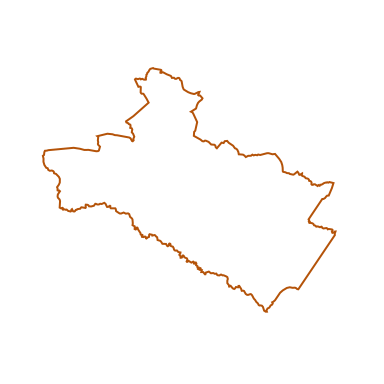 Morrumbala, Zambezia, Mozambique, rotated 306°
{"feature_id": "85939544B61462515035200", "entity_name": "Morrumbala", "entity_type": "district", "adm_level": 2, "iso_a3": "MOZ", "parent_name": "Mozambique", "parent_adm1": "Zambezia", "projection": "orthographic", "projection_center": [35.601, -17.005], "detail": "fine", "context": "isolated", "style": "outline", "palette": "amber", "viewbox_px": 384, "rotation_deg": 306, "n_neighbors": 0, "source": "geoboundaries", "source_scale": "gbopen_adm2", "svg_char_len": 6068}
<svg xmlns="http://www.w3.org/2000/svg" viewBox="0 0 384 384"><g transform="rotate(306 192 192)"><path d="M276.6,114.4L276.1,113.6L274.1,112.6L273.6,111.5L273.8,110.2L272.5,108.7L273.4,107.0L273.4,106.3L272.4,102.4L271.9,98.6L271.7,97.9L270.3,97.1L269.9,96.4L270.4,95.9L272.2,95.9L272.6,95.4L272.5,94.9L269.4,88.6L269.4,87.7L267.1,85.9L265.7,85.8L263.7,86.1L262.1,85.8L261.2,86.3L260.0,86.2L259.0,87.0L257.0,87.5L256.4,88.4L255.7,88.6L254.7,87.2L254.3,85.2L253.1,84.4L253.3,83.9L253.1,83.1L251.5,81.9L250.8,80.0L250.1,79.7L249.5,79.7L245.6,86.8L246.4,87.5L246.9,88.4L246.8,88.9L242.4,91.9L242.1,92.5L241.9,93.4L242.8,94.7L242.8,95.3L240.8,100.3L238.8,104.4L218.9,100.0L210.4,97.1L209.7,98.0L210.2,100.2L209.8,100.8L210.2,102.5L209.2,103.6L207.6,104.3L208.1,105.8L207.5,106.9L204.9,108.2L204.5,110.1L202.8,112.8L200.5,113.3L199.5,114.4L198.2,114.2L198.0,113.5L199.3,110.7L199.2,109.2L193.9,98.1L192.7,96.2L192.0,93.8L189.4,89.3L181.5,82.6L181.4,83.8L178.4,85.5L177.1,86.9L175.6,87.6L175.1,88.2L174.6,90.9L170.8,92.3L169.8,91.9L168.7,90.6L165.3,83.6L162.7,80.1L161.1,75.9L158.2,70.3L141.4,51.2L140.2,50.3L138.9,48.8L137.5,49.1L135.0,50.5L133.6,50.1L131.8,52.2L129.1,54.1L127.1,56.7L125.9,59.9L126.4,61.2L125.4,62.8L125.6,64.5L127.0,66.0L127.3,67.4L127.2,68.2L126.1,69.4L126.7,71.4L126.0,75.4L124.9,77.4L121.9,79.5L119.6,80.0L116.6,80.0L115.9,81.1L114.3,82.3L114.6,83.1L115.1,83.5L115.0,84.7L111.2,84.9L109.5,85.8L108.6,86.8L108.1,89.3L107.1,90.6L101.6,94.1L101.7,95.4L103.1,96.6L103.0,97.1L102.0,97.4L101.9,98.1L103.0,98.9L103.4,100.3L104.1,100.9L103.9,103.0L104.9,105.3L105.4,105.4L106.9,104.8L107.6,105.0L106.5,107.1L106.9,108.1L107.5,108.5L109.2,108.5L109.8,109.2L110.7,109.3L112.8,111.4L114.1,111.3L114.7,111.6L116.5,115.2L117.0,115.2L118.6,113.8L119.3,113.5L120.1,114.7L120.4,115.9L119.9,117.1L121.0,118.9L123.2,120.7L125.6,120.7L125.9,121.1L126.2,122.6L127.2,124.0L128.5,124.6L129.2,126.0L131.7,127.4L131.6,129.0L130.0,132.0L130.5,132.8L132.6,133.7L132.6,134.2L131.4,135.0L131.1,135.9L133.7,139.6L133.4,140.3L131.9,141.9L132.1,146.0L132.8,147.2L135.2,148.8L135.6,151.2L137.1,152.8L137.2,154.2L135.5,156.5L135.3,158.9L134.8,160.0L131.9,162.5L130.2,163.4L130.5,165.9L128.3,167.4L128.6,168.5L129.2,168.6L130.6,168.2L131.0,168.5L131.0,169.0L130.0,170.4L128.5,174.4L127.5,175.4L127.5,176.0L128.1,177.0L128.0,177.4L127.4,177.7L126.9,177.2L126.3,177.9L127.1,179.4L128.2,180.0L128.5,180.6L128.4,181.2L127.5,182.0L127.6,182.5L129.5,183.0L130.4,183.6L132.2,182.5L132.9,182.5L133.9,184.7L133.4,185.5L135.1,186.9L135.3,187.8L134.9,188.9L134.9,190.4L132.9,192.4L133.8,194.9L133.7,196.0L132.7,198.5L134.7,201.5L133.8,203.6L133.9,204.3L134.9,204.6L136.7,203.9L137.1,204.1L137.3,204.8L137.1,205.3L136.0,206.0L135.9,206.8L136.5,208.7L135.8,210.2L135.0,211.1L134.6,212.2L134.9,213.1L135.8,214.1L135.4,216.3L136.3,218.2L135.5,218.6L133.7,218.7L133.4,220.2L132.1,221.4L132.9,222.3L133.7,222.3L135.0,221.7L135.5,222.2L135.5,222.8L134.7,224.3L135.3,227.0L134.6,228.0L132.6,228.5L132.5,228.9L132.9,229.4L133.8,229.4L134.3,229.8L134.5,233.0L136.4,233.9L136.4,234.5L135.2,235.6L135.3,235.9L135.5,236.1L136.8,236.1L137.2,236.5L136.8,237.5L135.2,238.3L135.2,240.0L134.2,240.7L134.7,241.6L133.3,242.1L133.6,242.8L135.2,243.3L135.4,243.6L135.3,243.9L133.7,244.2L134.6,245.9L132.7,246.6L133.8,248.2L133.0,250.8L133.3,251.2L135.0,250.6L137.5,252.4L137.4,255.1L138.9,256.8L139.2,258.5L140.3,259.7L139.7,261.0L139.8,261.9L140.7,263.3L141.9,263.7L142.4,264.3L142.5,265.7L143.2,266.5L143.9,269.6L143.9,270.6L142.7,272.1L141.0,272.7L139.0,274.2L138.3,276.7L137.3,277.6L137.5,277.9L138.4,277.9L138.8,278.3L138.0,281.6L138.3,283.1L139.2,283.5L140.9,283.4L142.1,285.5L142.5,285.6L143.4,284.9L143.8,285.4L142.5,288.7L141.3,290.3L142.3,291.5L142.5,292.3L141.1,295.4L141.2,297.1L141.9,298.0L143.7,299.2L144.0,299.8L143.8,301.2L142.1,304.7L141.7,306.7L140.9,308.5L140.6,310.8L139.8,312.3L139.8,313.2L140.6,314.2L141.1,315.4L140.7,317.0L138.4,320.1L138.5,322.0L139.2,322.9L140.0,321.8L142.2,321.6L143.9,322.5L146.5,322.3L148.0,323.0L149.3,322.8L149.9,321.7L151.0,322.3L153.2,322.8L162.3,322.5L165.8,323.3L170.1,325.1L172.4,327.1L173.6,329.7L175.1,331.5L175.4,332.7L175.3,334.2L175.8,335.2L241.1,332.9L242.1,332.0L244.4,331.3L244.0,330.8L242.7,330.6L241.5,329.6L242.1,328.5L243.8,328.2L244.0,327.3L242.5,324.4L241.6,323.8L242.0,322.6L241.9,322.0L239.7,319.7L239.6,318.4L240.1,317.4L240.0,317.0L238.7,316.2L238.1,314.0L237.0,312.9L237.3,311.7L236.8,310.3L237.4,309.2L237.5,307.9L236.8,306.3L236.8,305.8L236.2,305.5L236.0,305.0L236.8,303.9L237.3,304.3L237.5,303.6L238.1,303.3L238.4,302.4L262.9,301.5L263.7,302.5L265.4,303.2L267.1,303.2L268.5,303.5L269.5,304.7L277.3,302.9L282.4,301.2L280.8,297.3L279.8,296.9L279.3,295.6L278.8,295.5L278.0,294.4L276.3,293.3L275.3,293.1L273.7,292.2L273.3,291.5L272.1,291.6L271.9,290.2L270.7,290.1L270.5,286.9L269.6,285.8L268.8,285.6L268.3,284.6L268.5,284.0L269.9,283.2L270.4,282.3L270.4,281.4L269.9,280.2L270.7,279.3L270.9,278.4L270.8,277.6L270.0,275.9L270.5,274.0L269.9,272.0L269.9,271.0L270.4,270.5L271.3,270.5L271.7,270.2L269.2,269.1L269.0,268.6L270.2,266.5L270.4,265.3L266.3,264.2L265.5,263.7L264.1,260.5L264.2,259.4L263.1,257.7L262.9,256.1L261.9,253.9L262.2,253.2L264.9,251.1L266.8,249.2L268.7,246.6L270.1,243.0L271.6,236.8L269.8,234.9L268.5,231.3L267.6,230.0L262.0,225.4L261.2,223.5L260.1,223.2L259.2,221.3L257.9,220.4L257.7,218.9L256.0,218.4L254.3,216.2L251.9,215.0L252.3,212.9L252.2,211.3L250.0,207.7L251.6,206.0L252.9,203.6L252.9,201.8L252.6,201.0L253.6,198.1L253.4,192.8L254.0,190.4L252.3,188.6L250.2,188.8L249.3,186.9L242.0,186.4L242.1,185.0L243.3,183.5L243.4,182.4L241.7,179.6L242.3,176.0L241.6,172.9L241.1,172.2L239.9,171.8L239.2,170.5L239.4,168.1L238.5,160.5L241.9,158.4L243.5,158.6L251.6,155.1L256.0,147.2L256.7,145.6L256.4,144.0L261.9,146.2L265.1,145.0L267.6,144.5L269.5,144.7L272.5,145.6L274.0,145.4L274.8,141.9L274.0,140.7L274.1,139.9L277.3,139.2L276.5,138.4L272.9,136.5L272.4,135.9L271.2,133.0L270.5,130.2L270.1,125.4L270.3,124.6L271.6,122.6L275.4,118.6L275.7,118.0L275.7,116.4L276.5,115.3L276.6,114.4Z" fill="none" stroke="#b45309" stroke-width="2"/></g></svg>